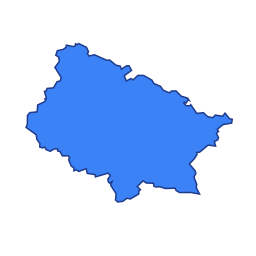 the district of Melgar, Puno, Peru, rotated 280°
{"feature_id": "86281439B3458988471442", "entity_name": "Melgar", "entity_type": "district", "adm_level": 2, "iso_a3": "PER", "parent_name": "Peru", "parent_adm1": "Puno", "projection": "orthographic", "projection_center": [-70.684, -14.635], "detail": "medium", "context": "isolated", "style": "filled", "palette": "blue", "viewbox_px": 256, "rotation_deg": 280, "n_neighbors": 0, "source": "geoboundaries", "source_scale": "gbopen_adm2", "svg_char_len": 1853}
<svg xmlns="http://www.w3.org/2000/svg" viewBox="0 0 256 256"><g transform="rotate(280 128 128)"><path d="M202.6,64.6L201.3,63.5L201.8,61.7L199.5,61.8L198.7,60.1L198.9,52.9L196.6,52.9L194.2,50.6L191.9,45.0L187.1,44.2L185.9,47.4L181.6,48.8L175.0,45.5L166.3,53.3L162.6,53.2L161.4,50.2L154.6,47.6L152.9,41.4L150.1,40.9L149.6,39.4L143.0,42.5L142.2,41.1L140.9,42.1L139.2,41.0L135.1,35.1L128.1,35.7L126.1,28.7L123.0,26.8L114.4,28.2L110.9,27.5L105.4,38.8L101.0,40.2L97.3,44.0L94.0,44.3L93.5,47.1L94.7,49.3L92.5,51.1L91.6,55.5L94.7,59.2L95.1,62.3L93.2,62.7L92.9,65.2L89.2,68.2L90.2,73.8L89.0,75.6L86.4,75.0L80.7,78.7L79.2,81.8L76.5,82.1L77.8,84.8L76.6,87.0L80.7,93.8L76.2,95.8L76.4,103.7L74.2,104.4L80.1,116.3L78.0,118.9L74.2,117.0L71.5,118.0L70.5,119.4L72.4,121.6L68.7,120.8L61.2,127.7L55.0,128.2L53.4,130.7L54.8,135.4L58.7,139.4L58.5,142.6L64.8,150.0L67.9,149.6L69.3,151.0L71.9,147.3L78.5,151.9L77.0,155.7L78.0,162.7L75.1,163.7L74.8,166.2L75.7,169.4L74.9,175.3L76.9,184.8L74.8,186.2L73.4,190.0L75.4,201.0L75.4,209.9L81.0,205.6L84.6,205.4L91.0,201.5L95.1,202.7L97.5,201.6L103.2,194.7L109.7,198.9L113.8,200.6L115.9,199.9L116.6,202.7L125.1,209.9L125.4,217.4L129.7,215.4L131.8,218.4L134.2,218.8L138.3,215.9L140.4,217.8L142.2,216.1L147.9,221.0L150.8,229.2L154.7,229.2L154.7,226.4L159.5,221.0L156.0,219.1L155.9,211.7L152.9,209.7L153.0,204.5L156.2,199.6L154.3,193.2L161.9,185.7L160.4,184.8L160.2,181.1L161.7,178.9L163.2,178.8L162.6,180.8L166.2,182.3L165.9,183.3L167.8,181.5L168.6,174.8L172.9,168.8L171.9,164.2L169.8,162.8L171.3,156.1L174.6,152.9L176.3,145.8L179.3,143.2L182.5,134.1L181.5,128.7L176.3,124.7L177.2,122.2L174.0,118.2L178.7,115.2L185.4,121.5L189.4,118.3L189.0,115.8L184.8,111.3L187.7,109.4L187.7,105.3L191.8,98.1L191.0,95.3L194.3,82.2L192.1,77.2L194.4,75.0L196.2,75.9L200.3,73.0L202.6,64.6Z" fill="#3b82f6" stroke="#1e3a8a" stroke-width="1.5"/></g></svg>